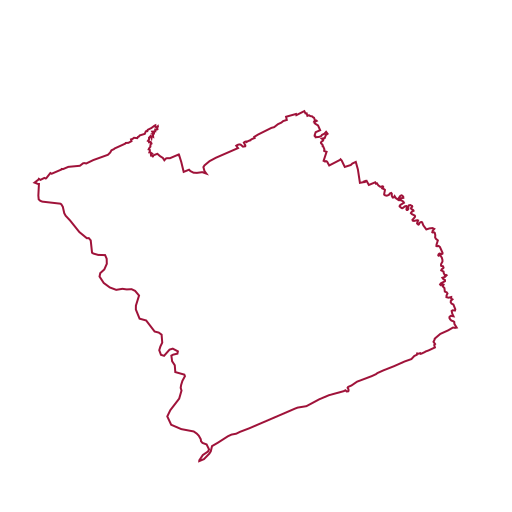 outline of Kota Tangerang Selatan, Banten, Indonesia, rotated 335°
{"feature_id": "22746128B62533997811788", "entity_name": "Kota Tangerang Selatan", "entity_type": "district", "adm_level": 2, "iso_a3": "IDN", "parent_name": "Indonesia", "parent_adm1": "Banten", "projection": "mercator", "projection_center": [106.733, -6.296], "detail": "fine", "context": "isolated", "style": "outline", "palette": "rose", "viewbox_px": 512, "rotation_deg": 335, "n_neighbors": 0, "source": "geoboundaries", "source_scale": "gbopen_adm2", "svg_char_len": 6102}
<svg xmlns="http://www.w3.org/2000/svg" viewBox="0 0 512 512"><g transform="rotate(335 256 256)"><path d="M284.2,413.6L287.8,413.7L294.5,412.6L310.4,413.8L314.9,413.8L316.5,413.4L323.2,413.5L334.6,414.2L346.1,414.4L353.3,415.1L357.2,413.5L360.0,413.5L360.9,412.4L362.1,413.3L363.7,413.4L363.8,414.2L364.7,414.4L368.6,414.4L369.2,414.2L372.3,414.5L379.5,414.5L379.9,412.0L381.1,411.5L380.6,408.8L382.7,407.1L383.0,406.5L383.9,406.2L390.1,404.5L398.6,404.6L404.3,404.1L406.1,405.3L407.6,405.7L407.1,401.5L407.8,399.5L407.3,398.6L405.8,397.1L405.2,395.5L405.1,393.9L405.6,393.0L407.2,392.5L409.5,394.1L409.5,391.1L410.1,388.5L411.2,388.3L413.3,389.5L414.1,388.5L414.4,383.4L413.1,381.8L412.9,380.3L413.6,379.0L415.7,378.3L414.9,377.1L415.6,375.7L412.9,375.2L411.2,373.8L412.0,372.3L413.7,370.9L413.5,369.6L412.1,368.0L413.2,364.7L412.4,362.4L413.9,361.2L413.2,360.5L411.1,360.5L410.8,359.6L411.9,358.9L416.6,358.7L417.1,357.7L415.9,355.8L415.7,354.5L418.5,354.8L420.6,354.0L420.3,353.5L419.0,353.1L418.9,350.8L419.4,349.4L417.8,347.3L418.7,346.5L420.6,346.2L421.1,345.7L421.1,344.3L419.7,343.3L419.8,342.4L420.5,341.4L422.6,339.9L423.3,338.4L423.7,336.2L423.4,333.4L423.2,333.1L421.6,332.9L421.5,332.3L422.4,331.5L423.3,331.3L425.3,332.8L426.0,332.7L426.4,332.0L426.5,325.6L425.7,324.0L424.2,323.7L423.7,323.2L424.4,322.0L427.4,318.7L426.3,316.4L426.2,314.9L427.3,312.9L427.8,310.6L427.5,309.9L426.0,309.3L425.8,309.0L426.9,307.7L429.0,306.8L427.8,305.3L424.9,304.3L421.6,303.9L420.6,299.0L420.8,295.7L420.3,295.1L419.3,294.9L418.1,295.2L417.0,296.2L416.4,296.2L415.9,295.2L415.8,294.4L417.9,292.3L417.3,291.7L414.0,291.0L413.0,290.2L413.1,289.3L416.4,287.9L417.0,287.1L416.9,286.3L415.0,284.0L414.5,282.6L414.9,282.2L416.1,281.7L417.9,281.6L417.9,280.9L416.7,279.1L416.6,278.2L418.5,277.3L418.6,276.6L417.3,275.0L415.8,274.7L415.0,275.5L413.7,278.0L412.7,278.3L412.1,278.0L412.0,277.4L413.4,275.3L413.4,274.3L412.1,273.9L409.0,274.6L408.2,274.1L407.1,271.8L407.4,271.3L408.5,270.7L412.6,270.3L412.5,269.0L411.2,266.9L408.8,265.6L408.7,265.2L410.6,264.6L414.1,265.6L414.5,264.5L414.1,263.2L413.5,262.5L412.2,262.5L409.0,264.3L408.2,264.4L407.3,262.9L406.9,260.3L405.7,261.2L404.6,260.8L404.5,258.7L405.4,257.0L405.2,256.0L403.9,255.9L402.1,256.8L400.0,256.6L398.8,255.7L398.2,254.9L398.2,254.2L400.8,250.6L400.5,249.8L399.0,248.1L400.5,247.2L400.5,246.7L400.0,246.2L398.6,246.1L397.9,245.8L396.7,243.7L396.3,241.2L395.3,241.2L395.2,239.6L388.3,239.3L388.0,234.7L386.5,234.9L386.6,234.2L385.1,234.1L384.9,234.6L381.1,233.6L384.9,220.7L386.2,212.9L382.4,212.9L380.4,213.6L374.1,212.8L374.0,205.7L373.5,204.1L372.9,204.4L360.6,204.9L360.3,200.5L359.5,199.5L358.5,199.6L357.5,198.3L364.0,191.4L362.2,189.7L362.5,188.9L363.1,188.2L363.2,185.0L362.8,184.7L363.3,183.3L362.6,181.4L362.8,180.6L363.8,180.0L365.1,179.9L366.1,179.2L365.3,177.5L368.2,178.1L370.4,175.9L372.5,175.5L372.0,173.1L369.6,174.1L367.1,174.1L365.5,174.9L363.5,174.7L360.2,173.6L360.4,172.5L359.9,172.1L360.1,171.4L362.4,169.0L367.3,169.1L367.4,163.9L365.6,161.2L365.2,159.9L365.6,159.3L368.1,159.2L367.9,158.7L366.2,158.3L366.8,157.9L367.0,155.2L366.3,154.4L366.0,153.3L364.3,152.1L363.5,150.8L361.8,150.7L362.2,148.1L361.1,147.7L361.0,145.1L352.1,145.4L352.3,144.2L342.1,142.5L341.4,145.7L337.7,145.2L335.4,145.8L331.6,145.8L326.9,146.9L324.2,146.4L309.2,146.8L304.7,147.3L304.6,148.5L302.2,148.3L299.9,148.5L299.7,148.8L297.8,148.5L295.5,148.7L295.4,148.0L294.0,147.8L292.9,148.1L293.1,151.2L292.6,152.0L290.4,151.4L289.1,148.5L288.0,147.8L286.2,147.5L284.7,147.7L285.3,150.6L261.2,150.0L254.0,150.4L247.6,152.1L245.9,153.2L245.2,157.2L245.8,160.3L242.7,157.3L237.6,155.7L234.6,154.1L232.4,151.3L231.8,149.5L226.0,149.2L228.0,139.2L229.0,131.8L228.5,131.8L228.6,131.3L219.3,131.0L216.6,129.7L215.5,129.6L213.4,130.5L213.0,127.7L211.2,124.9L209.8,121.7L205.7,121.4L204.7,122.2L204.4,122.1L204.3,121.0L203.3,120.6L203.8,119.2L205.0,119.1L204.0,117.4L203.2,117.0L204.1,116.1L204.6,115.0L204.4,114.5L203.8,114.0L204.6,113.3L206.5,112.3L207.1,111.0L207.9,110.1L208.6,110.0L208.1,108.6L208.7,108.5L208.5,108.1L208.1,107.5L207.2,107.5L207.4,106.9L206.7,106.0L208.4,105.1L209.0,103.6L211.2,102.7L211.1,105.0L212.0,103.7L212.7,103.6L213.2,104.4L214.0,102.1L213.8,101.7L215.2,102.0L215.5,101.5L214.6,100.5L214.5,99.4L217.4,100.5L218.1,98.8L219.5,99.5L220.3,99.4L220.5,97.9L221.8,97.3L221.9,96.9L220.4,97.4L219.7,96.9L219.4,96.4L220.0,95.0L219.0,95.0L215.2,95.8L211.2,95.9L210.3,96.9L209.7,96.5L208.8,96.5L206.8,98.3L201.6,97.6L200.1,98.3L199.3,98.2L198.2,99.0L195.4,97.3L193.6,97.7L192.0,97.5L191.7,99.3L188.2,99.5L185.7,98.5L184.9,98.9L173.3,98.8L172.4,99.1L169.7,99.1L167.6,100.6L164.6,101.7L149.1,100.3L141.2,100.4L140.0,99.4L138.5,98.9L134.5,99.8L123.6,95.9L118.0,95.7L116.7,95.0L116.4,95.4L106.1,95.1L105.4,95.0L104.7,93.9L98.7,96.9L98.2,96.9L97.2,95.8L92.8,95.9L91.8,94.3L91.2,94.8L86.3,95.9L89.0,98.7L89.7,99.0L84.3,109.2L83.0,112.8L83.8,114.8L85.3,116.4L100.8,125.9L101.4,126.9L101.7,129.8L100.3,136.2L100.5,139.1L102.5,145.2L106.0,159.6L110.2,168.4L112.0,169.1L112.8,172.0L108.8,183.7L109.6,185.0L113.4,188.3L119.6,191.4L119.5,195.4L117.5,200.0L112.8,204.1L107.6,205.7L105.5,208.5L106.6,216.1L110.2,222.7L115.0,227.6L121.1,229.3L124.6,231.6L129.2,233.5L131.7,236.5L133.3,242.4L126.2,250.2L124.5,253.7L124.0,263.6L129.2,268.0L132.2,281.6L135.5,284.3L137.2,287.4L134.4,294.9L131.1,297.6L128.5,300.5L128.1,305.4L130.5,307.6L138.1,304.3L141.4,304.8L144.9,309.4L143.5,311.3L139.3,310.4L137.2,310.5L135.5,315.9L136.2,320.7L133.8,327.1L140.9,333.2L140.8,334.9L136.6,338.0L133.6,341.3L132.0,343.7L131.6,346.5L126.1,352.8L113.2,359.5L107.8,363.9L107.8,373.1L115.1,381.3L125.4,388.7L127.3,392.0L128.2,394.7L128.5,398.7L127.9,400.6L128.5,402.8L131.6,405.9L131.7,411.4L129.9,412.9L123.7,413.9L118.3,417.2L117.9,417.9L123.0,418.1L130.2,415.4L132.5,413.9L135.8,409.7L142.6,409.1L154.4,407.5L158.3,407.5L163.0,408.7L167.2,408.6L176.9,409.3L227.0,410.8L229.7,411.0L238.2,413.4L252.9,412.6L263.4,413.0L278.5,415.6L280.3,415.5L280.9,417.1L282.3,417.6L282.9,417.3L283.5,415.8L283.3,414.2L284.2,413.6Z" fill="none" stroke="#9f1239" stroke-width="2"/></g></svg>